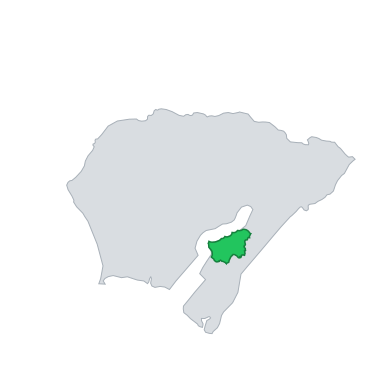 Medina Yoroufoula, Kolda, Senegal (highlighted), rotated 310°
{"feature_id": "50182788B71056203552440", "entity_name": "Medina Yoroufoula", "entity_type": "district", "adm_level": 2, "iso_a3": "SEN", "parent_name": "Senegal", "parent_adm1": "Kolda", "projection": "natural_earth1", "projection_center": [-14.81, 13.235], "detail": "fine", "context": "in_parent", "style": "filled", "palette": "green", "viewbox_px": 384, "rotation_deg": 310, "n_neighbors": 0, "source": "geoboundaries", "source_scale": "gbopen_adm2", "svg_char_len": 7683}
<svg xmlns="http://www.w3.org/2000/svg" viewBox="0 0 384 384"><g transform="rotate(310 192 192)"><path d="M283.8,176.9L287.8,184.9L287.0,188.7L286.1,194.3L288.3,198.3L291.0,201.0L292.9,203.4L295.0,206.7L295.3,213.4L294.9,218.2L296.3,220.4L297.5,223.1L297.2,225.4L296.5,227.5L294.0,230.1L293.6,235.1L297.7,241.2L300.3,244.5L300.3,246.4L301.1,248.4L303.0,250.8L304.2,250.3L305.5,248.3L306.1,246.9L309.7,247.5L311.3,248.2L313.6,252.1L314.5,254.7L315.0,258.0L317.4,262.2L319.5,265.1L319.9,266.9L321.8,269.3L320.6,274.8L320.8,277.6L319.5,284.9L319.3,288.3L319.4,289.6L322.2,292.2L321.9,295.9L319.0,295.3L314.1,294.8L304.2,296.8L300.8,296.0L294.2,296.2L289.6,297.3L283.7,299.7L279.1,299.1L276.7,297.2L273.4,297.3L269.7,296.3L265.8,294.5L262.2,293.6L258.4,290.2L256.6,289.6L255.3,290.5L254.3,291.6L253.1,292.3L251.1,291.7L250.3,289.4L250.9,287.2L251.1,285.5L250.1,284.6L247.8,284.3L244.0,284.3L237.9,283.6L236.4,283.2L222.7,282.6L208.5,282.5L196.5,282.5L181.3,282.4L170.6,282.3L160.6,282.3L152.9,286.8L144.6,291.7L133.3,294.3L120.4,293.3L116.3,294.0L112.0,296.2L108.9,297.7L104.4,298.7L98.7,297.9L96.4,298.4L94.9,296.2L93.3,292.6L94.3,289.9L97.8,288.2L103.1,286.0L105.9,287.1L107.5,287.2L107.8,285.8L107.3,285.0L103.3,283.1L101.2,280.5L99.5,282.0L98.1,285.2L96.8,286.1L95.0,287.0L94.0,284.8L93.6,282.8L94.4,281.2L94.0,272.2L94.5,267.5L94.3,263.3L96.8,260.5L99.1,258.8L108.3,258.7L116.9,258.5L125.2,258.6L133.6,258.7L134.4,250.4L137.1,249.7L141.1,248.8L148.5,247.8L156.8,246.9L158.6,245.2L159.9,242.5L160.8,240.0L162.5,238.9L164.8,239.8L167.9,241.1L171.0,243.1L174.6,244.9L177.0,246.1L182.8,249.1L192.7,253.2L200.8,254.8L210.6,251.8L217.7,249.9L218.6,246.3L217.5,242.8L212.2,239.6L205.0,239.9L202.8,240.8L199.5,241.9L197.5,242.3L194.1,241.5L189.8,238.8L187.1,236.0L183.3,234.7L178.8,233.3L171.6,227.6L167.9,226.6L164.3,226.3L157.5,227.4L150.9,230.5L147.4,237.4L140.7,237.3L126.5,237.1L113.5,236.9L102.8,237.4L101.7,232.3L99.2,228.3L95.1,224.9L94.2,221.7L95.6,218.9L99.6,216.6L100.5,215.0L98.4,215.2L95.3,216.7L93.2,216.8L92.9,212.3L89.4,206.7L85.5,197.0L81.1,193.1L77.3,185.3L73.4,182.3L69.8,180.9L66.8,181.1L65.6,184.7L61.8,179.6L67.0,177.7L78.2,171.3L91.1,152.9L102.7,131.1L104.2,125.9L105.6,122.0L106.5,113.1L108.2,107.8L109.8,106.8L111.7,102.7L114.1,95.6L116.7,91.6L119.7,90.8L122.0,91.2L123.7,92.6L128.5,93.5L136.6,93.9L142.8,92.8L147.2,90.4L152.9,89.1L160.1,89.1L163.8,88.0L164.2,86.0L165.1,85.4L166.6,86.2L168.0,85.9L169.4,84.4L170.7,84.3L172.0,85.6L177.9,85.9L188.6,85.4L198.4,89.2L207.5,97.2L212.2,102.5L212.4,105.2L213.9,107.9L216.7,110.6L219.1,111.1L221.4,109.4L223.1,109.6L224.4,111.6L227.0,112.1L229.9,110.8L231.9,111.2L232.3,112.5L232.7,113.1L234.1,113.4L236.0,115.0L238.6,119.2L240.8,125.2L242.4,132.8L244.6,136.9L247.3,137.6L248.9,139.1L249.2,141.0L250.0,142.2L251.3,142.9L253.6,142.5L256.3,145.0L259.2,150.6L259.6,153.1L259.2,154.5L259.3,155.4L261.3,156.4L263.1,158.2L264.6,161.0L267.8,163.4L272.7,165.5L276.2,168.7L278.4,173.0L282.9,176.5L283.8,176.9Z" fill="#d9dde1" stroke="#a8b0b8" stroke-width="1"/><path d="M159.2,264.1L159.3,264.0L159.5,264.2L159.8,264.3L160.1,264.5L160.3,264.6L160.5,264.7L160.6,264.8L160.8,264.8L161.0,264.9L161.2,265.0L161.4,265.2L161.6,265.3L161.9,265.2L162.1,265.2L162.3,265.0L162.7,264.9L162.8,264.8L162.9,264.7L163.1,264.6L163.6,264.4L163.8,264.3L164.1,264.3L164.2,264.2L164.3,264.2L164.8,264.0L165.2,264.0L165.3,263.9L165.7,263.8L165.9,263.8L166.5,263.6L167.0,263.5L167.2,263.4L167.5,263.5L167.7,263.4L167.8,263.4L168.2,263.4L168.5,263.4L168.7,263.5L168.7,263.4L168.9,263.4L169.1,263.5L169.4,263.5L169.5,263.5L169.8,263.5L170.2,263.6L170.4,263.6L170.6,263.6L170.7,263.8L170.8,264.1L170.9,264.3L171.2,264.5L171.3,264.7L171.6,265.4L171.6,265.9L171.7,266.5L171.8,266.7L171.9,266.9L171.9,267.4L171.8,267.7L171.8,268.0L171.8,268.3L171.7,268.4L171.7,268.7L171.5,269.4L171.5,269.5L171.7,269.9L171.9,270.1L172.0,270.4L171.9,270.5L172.1,270.7L172.5,270.5L172.5,270.4L172.8,270.3L172.9,270.5L173.0,270.8L173.2,271.0L173.3,271.0L173.2,271.2L173.3,271.2L173.4,271.4L173.6,271.3L173.8,271.1L174.0,271.1L174.0,270.9L174.2,271.1L174.3,271.0L174.5,271.1L174.9,270.7L175.1,270.6L175.3,270.6L175.6,270.7L175.8,270.7L175.9,270.8L176.0,271.1L176.4,271.3L176.5,271.4L176.6,271.5L176.8,271.6L176.8,271.9L177.0,272.1L177.0,272.5L177.2,272.9L177.3,272.9L177.5,272.9L177.8,272.7L178.0,272.6L178.5,272.2L178.8,272.1L179.0,272.1L179.1,271.8L179.2,271.7L179.4,271.4L179.6,271.3L179.7,271.2L179.9,271.1L180.0,271.1L180.2,270.6L180.3,270.6L180.4,270.4L180.5,270.3L180.6,270.6L180.8,270.5L181.0,270.3L181.3,270.4L181.5,270.1L181.8,270.1L181.9,270.3L182.0,270.2L182.1,269.9L182.3,269.7L182.5,269.5L182.7,269.4L182.8,269.2L183.0,269.1L183.0,268.9L183.1,268.6L183.1,268.3L183.1,268.0L183.1,267.9L183.2,267.7L183.4,267.6L183.5,267.3L183.5,267.1L183.8,267.1L184.1,266.9L184.3,266.9L184.3,266.7L184.5,266.6L184.6,266.8L184.8,266.9L185.0,266.8L185.2,266.7L185.3,266.7L185.5,266.7L185.6,266.8L185.8,266.8L186.1,266.5L186.4,266.4L186.5,266.2L186.7,265.9L186.7,265.7L186.8,265.6L187.0,265.5L187.1,265.4L187.1,265.2L187.3,265.0L187.3,264.9L187.6,264.6L188.2,264.0L188.3,264.1L188.7,264.1L188.9,263.9L189.0,263.9L189.4,263.8L189.6,263.8L189.9,264.1L190.0,264.2L190.1,264.3L190.4,264.7L190.8,265.0L191.0,265.1L191.3,264.9L191.8,264.7L192.1,264.5L192.8,264.4L193.1,264.3L193.3,264.4L193.5,264.5L193.7,265.0L193.8,265.2L194.0,265.5L194.1,265.4L194.4,265.1L194.6,264.8L194.9,264.6L195.1,264.5L195.4,264.3L196.3,264.2L196.6,264.0L197.0,264.0L197.3,263.8L197.9,263.8L197.8,263.5L197.7,263.0L197.8,262.1L198.2,260.7L198.2,259.9L198.2,259.5L198.2,259.4L198.1,258.9L198.0,258.1L197.9,257.9L197.8,257.5L197.4,256.8L197.1,256.2L196.8,255.8L196.5,255.3L196.4,255.2L196.1,255.1L195.9,255.0L195.7,254.9L195.4,254.8L194.8,254.6L194.7,254.6L194.5,254.4L194.3,254.4L193.9,254.1L193.7,253.9L192.7,253.1L192.4,252.5L192.2,252.2L191.9,251.8L191.8,251.6L191.7,251.6L191.1,251.6L190.8,251.6L190.5,251.6L190.3,251.5L190.1,251.5L189.6,251.4L189.4,251.3L188.7,251.0L188.3,250.6L188.1,250.5L187.8,250.2L187.6,249.9L187.2,249.4L186.8,248.7L186.6,248.8L185.8,249.3L185.3,249.5L185.0,249.5L184.6,249.6L184.4,249.6L184.0,249.6L183.7,249.6L183.1,249.5L182.8,249.4L182.4,249.2L181.9,249.0L181.7,248.8L181.5,248.7L181.4,248.6L181.2,248.5L180.5,248.1L180.3,247.9L180.0,247.6L179.9,247.4L179.7,247.2L179.3,246.4L179.2,246.2L179.1,245.8L178.4,245.9L177.9,245.9L177.7,245.9L177.2,245.9L176.8,245.8L176.1,245.3L175.6,244.9L175.3,244.5L175.2,244.4L174.7,244.4L173.6,244.4L173.2,244.3L172.6,244.1L172.4,244.0L172.0,243.9L171.9,243.8L171.5,243.6L171.4,243.5L171.1,243.4L170.6,243.1L169.7,242.6L169.4,242.4L169.0,242.1L168.8,241.9L168.5,241.8L167.9,241.2L167.2,240.4L166.8,240.0L166.4,239.5L166.0,239.0L165.7,238.5L165.5,238.1L165.3,237.3L165.1,236.7L164.8,236.9L163.9,237.2L162.9,237.6L162.8,238.2L161.9,239.1L161.7,239.2L161.1,239.9L161.0,240.0L160.6,240.3L160.4,240.8L160.1,242.9L159.9,243.7L159.7,244.5L159.6,244.8L159.5,245.0L159.4,245.3L159.2,245.7L159.1,245.8L158.4,246.6L157.4,247.5L156.8,248.0L156.2,248.3L155.4,248.4L154.6,248.6L154.5,248.9L154.6,249.2L154.6,249.9L154.6,250.5L154.6,251.0L154.6,251.9L154.5,252.1L154.4,252.3L154.3,252.5L154.2,252.7L154.1,252.8L154.0,253.0L153.9,253.1L153.9,253.7L154.0,254.3L154.0,254.7L154.0,255.2L154.0,255.3L154.1,255.5L154.3,255.7L154.5,256.0L154.8,256.2L154.8,256.3L155.2,256.6L155.4,256.8L155.7,256.9L155.8,257.1L156.1,257.3L156.1,257.2L156.3,256.9L156.5,256.9L156.9,257.1L157.3,257.3L157.5,257.4L158.1,257.6L158.2,258.0L158.2,258.4L158.2,258.6L158.2,258.8L158.1,259.1L158.2,259.6L158.3,259.7L158.4,259.8L158.8,260.4L158.9,260.9L159.1,261.7L159.2,262.2L159.4,262.5L159.3,263.1L159.2,263.5L159.2,263.9L159.2,264.1Z" fill="#22c55e" stroke="#15803d" stroke-width="1.5"/></g></svg>